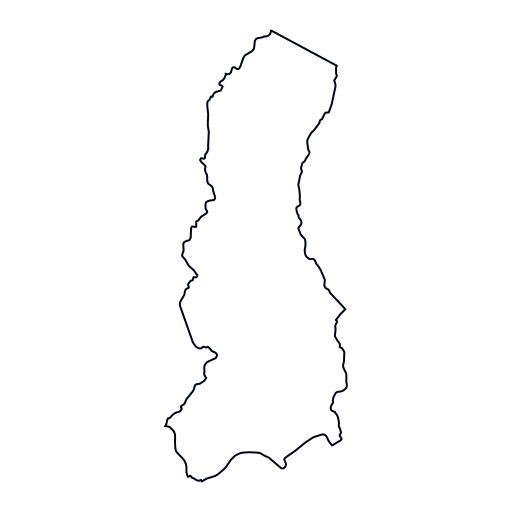 an SVG outline of La Paz
{"feature_id": "BOL-1936", "entity_name": "La Paz", "entity_type": "Department", "adm_level": 1, "iso_a3": "BOL", "parent_name": "Bolivia", "parent_adm1": "", "projection": "natural_earth1", "projection_center": [-68.162, -14.972], "detail": "fine", "context": "isolated", "style": "outline", "palette": "ink", "viewbox_px": 512, "rotation_deg": 0, "n_neighbors": 0, "source": "natural_earth", "source_scale": "10m", "svg_char_len": 6046}
<svg xmlns="http://www.w3.org/2000/svg" viewBox="0 0 512 512"><path d="M188.8,476.7L188.0,476.7L187.0,474.8L186.5,472.2L186.4,466.8L186.0,464.1L184.4,460.7L182.2,457.9L177.2,452.8L175.8,450.6L175.3,447.9L175.0,442.1L175.1,436.8L174.9,434.2L174.2,432.0L173.3,430.7L172.0,429.3L169.5,427.0L168.5,426.6L165.2,426.1L166.3,424.2L167.2,420.1L167.9,418.5L169.6,418.1L173.0,414.6L174.9,413.1L176.6,412.4L178.4,412.0L180.1,411.3L181.4,409.5L181.7,408.4L181.4,407.9L181.0,407.7L180.8,407.2L181.0,406.5L181.4,406.0L184.0,404.2L184.8,403.2L186.4,399.2L192.7,391.5L193.6,390.0L194.8,386.0L195.4,384.9L196.4,384.2L198.6,384.0L199.8,383.7L203.4,381.5L204.4,380.6L206.2,378.0L204.5,375.3L204.2,374.1L204.4,371.8L204.3,367.5L204.4,366.0L205.0,364.8L206.6,362.5L208.7,361.3L215.7,358.1L217.1,355.6L216.5,353.6L215.1,352.5L211.8,351.0L209.2,347.8L207.8,346.8L206.1,347.5L204.0,346.8L203.4,346.7L202.7,347.0L201.5,348.0L200.8,348.4L199.2,348.4L197.7,347.8L196.3,346.9L195.2,345.7L193.0,342.6L180.1,306.1L179.8,303.9L180.3,301.7L184.3,294.8L184.7,293.3L184.8,291.9L185.2,290.4L186.0,289.1L186.6,288.7L188.3,288.0L188.7,287.7L188.8,287.1L188.1,284.9L188.4,283.7L189.4,282.2L190.6,280.9L192.7,280.1L193.5,277.3L194.8,277.2L196.2,277.3L197.2,276.4L197.4,275.1L195.9,273.4L194.3,270.9L193.3,269.8L189.6,266.6L188.6,265.4L184.9,259.1L182.5,256.6L182.1,255.3L182.4,254.0L183.4,251.2L183.6,250.6L183.3,244.6L183.4,243.4L184.0,242.4L185.4,241.4L188.8,240.3L189.8,239.6L190.7,237.5L191.1,228.1L191.9,226.7L193.1,226.5L194.5,226.9L195.9,226.9L196.3,226.1L196.1,222.7L196.3,221.4L196.7,221.1L197.7,220.8L198.2,220.5L200.6,217.3L201.9,216.2L205.9,213.7L207.2,212.3L206.9,210.9L206.0,209.4L205.6,208.1L205.5,205.2L205.6,203.8L205.9,202.6L207.5,201.3L209.6,200.6L213.9,200.0L215.1,198.5L214.8,196.0L213.2,191.0L212.8,188.5L212.5,187.4L211.8,186.3L208.4,183.8L207.6,182.5L207.2,180.1L207.2,177.4L207.0,174.9L205.9,173.1L205.1,170.3L205.0,169.3L205.2,168.1L205.5,167.2L205.5,166.4L204.8,165.3L201.4,162.1L200.1,160.0L201.0,158.3L201.8,158.3L203.8,158.7L204.5,158.5L205.0,157.7L205.0,156.8L204.9,155.9L205.1,154.9L205.6,154.1L206.9,152.4L207.4,151.5L208.0,149.7L208.3,147.9L208.1,146.2L208.8,131.9L207.9,126.1L207.8,123.2L208.2,114.5L207.3,106.2L207.3,103.0L207.7,101.4L209.6,99.6L210.3,97.9L211.1,96.5L212.5,96.7L213.3,94.6L214.2,93.1L215.5,92.1L220.7,90.5L221.2,89.8L222.6,86.6L222.0,85.7L219.9,85.1L219.4,84.4L219.4,83.2L220.0,82.2L220.9,81.3L222.8,80.2L223.7,79.2L224.4,78.1L224.9,77.0L225.3,75.6L225.7,74.9L226.3,74.6L226.0,73.9L226.7,74.0L228.7,74.1L229.3,74.0L229.7,73.7L230.5,72.8L230.8,72.6L232.0,68.6L232.7,67.6L234.2,67.2L235.3,67.8L236.2,68.6L237.2,69.1L238.5,68.9L239.3,68.3L240.5,66.1L243.4,57.7L244.8,55.5L252.2,51.0L253.8,49.0L254.3,46.5L254.8,41.2L255.8,39.2L257.7,38.1L262.4,37.4L264.1,36.4L265.4,36.5L267.0,36.2L268.5,35.5L269.6,34.6L270.5,33.0L271.0,31.1L271.0,30.7L272.1,31.0L336.7,65.7L336.2,67.1L336.0,68.5L336.1,73.0L336.2,73.9L336.7,75.1L336.7,76.2L335.9,77.8L334.2,80.4L335.2,83.5L335.5,85.1L335.4,86.9L331.8,103.8L328.8,112.3L327.9,112.6L326.9,112.4L325.6,112.7L324.6,113.8L322.1,119.0L321.6,119.4L320.4,120.1L320.0,120.6L319.7,121.3L319.4,122.7L319.1,123.4L314.0,130.3L311.8,132.2L310.9,133.4L308.2,138.2L307.2,140.6L307.3,143.2L308.3,149.9L309.4,151.8L309.4,153.2L308.8,154.5L306.2,158.3L305.0,160.6L304.3,161.6L303.2,162.3L302.4,163.2L301.9,164.7L301.1,167.7L301.1,169.1L301.9,171.0L301.7,172.5L300.1,175.7L298.4,184.4L298.4,185.5L299.2,188.8L299.9,195.4L299.7,199.8L300.3,202.2L300.4,203.5L300.1,204.7L299.3,205.7L297.3,206.7L296.6,207.4L296.3,208.7L296.5,210.1L296.8,211.6L297.7,214.3L298.5,215.2L298.6,215.7L298.6,217.0L298.9,217.8L300.2,219.3L301.0,220.7L301.4,222.1L301.3,223.5L300.7,225.0L300.3,225.6L299.3,226.6L298.9,227.1L298.5,227.9L298.3,228.5L298.7,229.1L300.3,233.6L301.5,235.6L304.6,238.7L305.1,239.9L305.4,241.5L305.5,244.5L305.2,247.3L304.9,248.7L304.7,250.3L304.8,251.5L305.0,253.0L305.7,255.6L306.7,257.0L307.6,257.6L308.5,258.4L309.1,258.8L309.8,259.1L310.6,259.1L312.1,258.9L312.8,258.9L313.6,259.1L314.3,259.7L315.0,260.6L316.1,263.3L316.7,264.3L317.5,265.2L319.0,267.2L320.7,270.1L324.6,279.2L324.8,280.2L324.8,281.1L324.4,284.2L324.3,285.0L324.4,285.7L324.7,286.5L325.1,287.3L325.8,288.1L326.7,288.7L328.0,289.3L328.4,289.6L328.9,290.3L330.2,293.0L342.7,306.3L345.3,309.3L340.1,314.4L337.8,317.6L335.9,320.0L336.1,320.2L336.6,320.6L336.8,320.9L336.9,321.4L336.8,322.5L336.4,323.3L335.9,324.0L335.5,325.0L335.3,325.8L335.3,326.7L335.5,328.4L335.5,330.2L334.9,335.6L335.0,336.4L335.2,336.9L336.3,338.6L337.3,340.4L339.1,342.7L339.8,344.0L339.9,345.6L339.8,346.7L339.9,347.2L341.8,348.0L342.1,348.3L342.6,349.2L343.9,351.2L344.3,352.2L344.0,361.3L343.1,365.0L343.2,366.9L343.9,368.9L345.8,372.6L346.4,374.7L346.3,381.2L346.8,384.6L346.8,385.9L346.6,387.1L345.8,388.5L344.3,389.8L342.7,390.8L341.2,391.4L337.4,391.9L335.9,392.8L334.7,394.8L333.5,397.3L333.1,398.6L332.9,400.1L333.1,401.6L333.1,402.2L332.8,403.0L331.7,404.7L331.4,405.3L330.9,406.8L330.7,408.3L331.0,409.7L332.0,410.7L334.9,412.0L335.5,413.2L336.5,414.3L337.3,415.7L337.7,416.6L338.1,417.7L339.0,423.1L338.8,425.4L338.8,426.3L339.6,428.0L340.0,428.7L341.0,432.6L339.7,435.4L340.0,436.2L340.4,437.0L341.0,437.6L341.3,438.3L341.5,439.3L341.0,439.9L340.3,440.5L332.2,445.4L330.8,443.9L329.1,441.6L328.1,439.9L327.2,437.9L326.4,436.4L325.9,435.8L325.0,435.0L324.1,434.5L323.4,434.4L322.2,434.4L314.1,437.0L312.8,437.6L305.4,442.5L297.8,448.7L296.3,450.0L285.9,457.3L284.7,458.3L284.5,458.7L284.4,459.2L284.5,460.2L284.9,461.4L285.5,462.4L285.9,463.5L285.9,464.3L285.9,464.7L285.5,466.0L285.2,466.8L284.8,467.3L283.4,468.3L282.6,468.5L281.8,468.4L281.1,468.1L268.9,457.7L267.5,457.0L265.4,456.2L260.5,453.3L258.6,452.7L248.8,452.2L241.4,452.8L239.3,453.5L235.4,455.5L234.8,456.0L231.3,459.3L225.8,467.2L223.6,469.5L218.3,474.0L215.1,476.0L206.9,478.5L202.4,481.1L201.7,481.3L201.1,480.1L200.4,480.2L199.4,480.6L198.1,480.7L197.0,480.3L196.0,479.8L194.1,478.5L192.2,477.9L191.8,477.4L190.5,475.8L189.6,476.0L188.8,476.7Z" fill="none" stroke="#020617" stroke-width="2"/></svg>